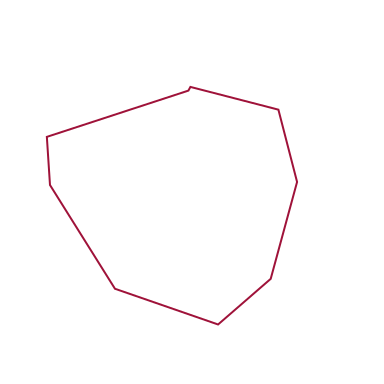 Fond Canie, Castries, Saint Lucia, rotated 57°
{"feature_id": "8701671B84491224846423", "entity_name": "Fond Canie", "entity_type": "district", "adm_level": 2, "iso_a3": "LCA", "parent_name": "Saint Lucia", "parent_adm1": "Castries", "projection": "mercator", "projection_center": [-60.96, 13.992], "detail": "fine", "context": "isolated", "style": "outline", "palette": "rose", "viewbox_px": 384, "rotation_deg": 57, "n_neighbors": 0, "source": "geoboundaries", "source_scale": "gbopen_adm2", "svg_char_len": 282}
<svg xmlns="http://www.w3.org/2000/svg" viewBox="0 0 384 384"><g transform="rotate(57 192 192)"><path d="M103.0,136.1L105.0,139.8L66.7,283.7L108.8,307.3L231.2,309.3L317.3,242.3L307.7,173.3L240.8,98.4L170.0,74.7L103.0,136.1Z" fill="none" stroke="#9f1239" stroke-width="2"/></g></svg>